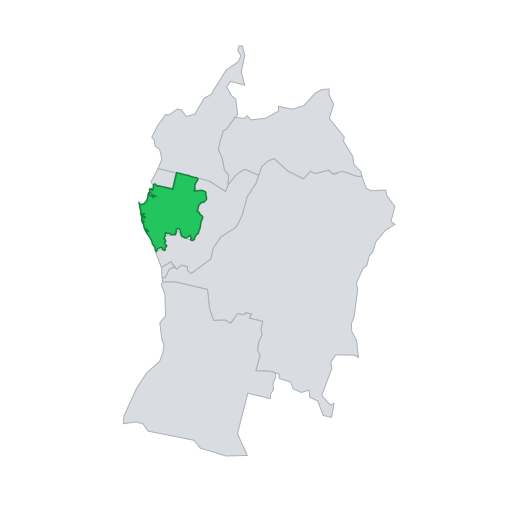 map of Gabon with Democratic Republic of the Congo, Cameroon, Central African Republic and 3 others greyed out, rotated 13°
{"feature_id": "GAB", "entity_name": "Gabon", "entity_type": "country or territory", "adm_level": 0, "iso_a3": "GAB", "parent_name": "Africa", "parent_adm1": "", "projection": "natural_earth1", "projection_center": [11.622, -0.807], "detail": "fine", "context": "with_neighbors", "style": "filled", "palette": "green", "viewbox_px": 512, "rotation_deg": 13, "n_neighbors": 6, "source": "natural_earth", "source_scale": "50m", "svg_char_len": 7041}
<svg xmlns="http://www.w3.org/2000/svg" viewBox="0 0 512 512"><g transform="rotate(13 256 256)"><path d="M362.7,265.8L365.3,293.6L364.1,300.4L366.3,308.0L372.8,315.4L378.7,331.9L374.2,330.5L356.0,334.3L352.7,342.7L355.2,348.4L351.4,377.1L362.1,384.5L365.2,382.1L365.9,396.3L357.3,396.2L348.8,383.4L340.2,381.5L337.8,374.7L330.9,378.8L321.9,377.0L318.3,371.0L305.9,370.1L305.3,366.1L296.3,365.0L281.6,367.8L282.3,352.2L278.6,347.4L277.9,339.3L279.6,331.4L277.3,326.4L277.2,318.1L263.5,318.2L264.5,313.5L258.7,313.6L258.1,315.8L251.1,316.3L246.5,327.2L240.3,325.4L229.1,328.3L222.3,317.2L216.3,299.6L183.0,299.4L171.1,302.5L169.5,298.5L172.4,297.1L174.6,288.0L178.7,285.3L181.7,286.6L185.5,281.6L191.7,281.7L192.4,285.4L196.6,287.7L212.7,269.0L212.4,258.2L217.3,245.5L229.9,232.5L231.2,228.3L233.3,218.9L234.1,199.9L239.7,184.8L241.4,167.8L245.8,161.1L251.8,156.9L268.3,166.2L285.0,170.0L289.9,161.1L295.1,162.4L307.6,155.9L312.1,158.7L315.7,158.3L317.4,155.1L321.6,154.0L337.4,155.6L341.1,154.3L348.0,165.1L353.1,166.6L367.6,162.5L370.3,168.1L380.3,176.8L379.7,192.1L384.2,193.9L376.3,202.0L369.6,214.9L368.9,225.4L366.3,230.4L366.2,240.3L363.0,243.9L359.9,259.9L362.7,265.8Z" fill="#d9dde1" stroke="#a8b0b8" stroke-width="1"/><path d="M195.4,54.4L199.9,62.8L200.3,80.2L206.5,92.1L191.9,91.6L189.4,97.8L196.1,105.4L201.0,107.6L206.2,122.1L198.8,138.9L196.1,141.3L195.4,160.8L200.8,167.6L205.9,179.1L211.1,183.3L212.8,193.1L212.0,200.1L193.9,193.6L140.9,192.9L142.5,182.5L138.1,173.9L133.0,171.7L130.7,165.8L127.8,163.9L130.8,151.0L136.2,138.4L139.5,138.3L146.2,130.6L150.5,130.4L156.8,135.8L164.6,131.4L169.9,114.0L175.9,108.7L185.1,81.4L194.6,71.3L196.4,64.5L191.9,59.3L192.3,55.1L195.4,54.4Z" fill="#d9dde1" stroke="#a8b0b8" stroke-width="1"/><path d="M341.1,154.3L337.4,155.6L321.6,154.0L312.1,158.7L307.6,155.9L295.1,162.4L289.9,161.1L285.0,170.0L268.3,166.2L251.8,156.9L245.8,161.1L241.4,167.8L240.4,176.9L225.5,174.0L218.7,180.9L212.8,193.1L211.1,183.3L205.9,179.1L200.8,167.6L195.4,160.8L195.2,151.4L196.1,141.3L198.8,138.9L204.4,125.6L213.8,124.6L215.8,121.3L220.5,124.5L234.7,119.5L245.3,109.8L244.2,105.2L258.2,104.8L268.8,98.7L276.8,84.4L282.5,79.1L289.6,76.9L290.9,82.5L297.5,90.7L296.5,105.6L315.3,120.3L315.5,124.6L327.8,137.1L330.8,144.9L339.2,150.1L341.1,154.3Z" fill="#d9dde1" stroke="#a8b0b8" stroke-width="1"/><path d="M240.4,176.9L239.7,184.8L234.1,199.9L233.3,218.9L231.2,228.3L229.9,232.5L217.3,245.5L212.4,258.2L212.7,269.0L196.6,287.7L192.4,285.4L191.7,281.7L185.5,281.6L181.7,286.6L174.5,280.8L166.5,288.6L157.2,274.8L165.8,267.6L161.6,258.9L165.4,255.6L173.1,254.0L174.0,248.2L180.0,254.5L190.0,255.0L193.4,248.9L194.9,240.2L193.6,230.0L188.3,222.2L193.2,207.1L190.4,204.5L182.0,205.5L178.8,198.8L179.6,193.1L193.9,193.6L212.0,200.1L212.8,193.1L218.7,180.9L225.5,174.0L240.4,176.9Z" fill="#d9dde1" stroke="#a8b0b8" stroke-width="1"/><path d="M140.9,192.9L159.3,193.2L159.4,208.9L139.1,209.5L137.0,207.5L140.9,192.9Z" fill="#d9dde1" stroke="#a8b0b8" stroke-width="1"/><path d="M178.7,285.3L174.6,288.0L172.4,297.1L169.5,298.5L166.5,288.6L174.5,280.8L178.7,285.3ZM171.1,302.5L183.0,299.4L216.3,299.6L222.3,317.2L229.1,328.3L240.3,325.4L246.5,327.2L251.1,316.3L258.1,315.8L258.7,313.6L264.5,313.5L263.5,318.2L277.2,318.1L277.3,326.4L279.6,331.4L277.9,339.3L278.6,347.4L282.3,352.2L281.6,367.8L296.3,365.0L301.4,365.7L302.5,369.8L301.2,376.2L303.1,382.3L301.3,387.2L302.2,391.7L278.9,391.6L277.9,433.3L292.4,452.3L271.8,457.6L244.9,455.7L237.2,449.5L190.3,450.9L183.7,445.0L176.5,444.6L164.4,449.3L163.4,441.1L169.4,411.9L175.7,394.7L185.8,380.3L187.0,370.6L186.4,363.2L183.0,358.5L177.3,342.7L181.4,334.8L175.7,313.4L170.0,305.1L171.1,302.5Z" fill="#d9dde1" stroke="#a8b0b8" stroke-width="1"/><path d="M182.1,194.5L182.0,195.4L181.1,197.6L180.7,199.3L180.6,201.2L180.8,202.6L181.3,203.7L181.6,204.9L181.3,205.7L180.9,206.0L181.2,206.4L181.9,206.5L183.0,206.1L184.7,205.5L186.9,204.6L188.4,204.2L190.8,204.5L192.1,204.8L192.8,205.4L193.5,208.1L193.8,208.5L194.4,209.6L194.9,210.9L195.0,211.6L195.0,212.1L194.5,212.8L193.9,213.9L193.7,214.6L193.3,215.0L192.7,215.5L191.1,215.7L190.8,216.0L190.4,217.1L189.5,218.1L189.1,219.0L188.8,220.2L188.8,221.7L188.7,223.9L188.5,225.4L188.9,225.9L190.9,226.3L191.2,226.6L191.7,227.5L192.4,228.3L194.2,228.9L194.9,229.5L195.4,230.2L195.5,230.8L195.1,233.2L194.7,235.4L194.9,237.2L195.0,238.8L195.2,241.2L195.1,242.7L194.6,243.6L194.6,244.3L194.9,245.1L194.4,247.5L194.1,247.8L193.3,248.3L192.9,248.9L192.8,249.9L192.3,251.2L191.9,251.7L191.9,252.4L192.3,252.8L192.3,253.5L191.5,254.4L191.0,255.0L190.0,255.3L188.8,255.0L188.5,254.5L188.8,253.8L188.7,253.2L188.3,252.6L187.6,251.0L187.1,250.7L186.7,251.3L185.8,252.5L184.0,254.1L182.8,254.2L180.6,253.7L178.7,253.0L177.8,251.2L177.2,249.7L176.4,248.0L175.5,247.2L174.6,246.7L174.1,246.6L172.8,247.6L172.3,248.0L172.3,248.8L172.5,249.5L172.7,249.9L172.9,250.4L172.8,251.1L172.6,252.1L172.5,253.2L168.2,254.3L167.4,253.9L166.9,253.4L166.2,253.5L164.4,254.1L163.7,253.7L163.0,253.4L162.7,253.6L162.7,254.1L163.0,256.7L162.9,257.7L162.4,259.0L162.2,259.8L163.4,260.1L163.8,260.5L164.2,261.1L164.7,261.8L164.8,262.1L164.2,262.8L163.9,263.6L164.2,264.3L165.0,265.0L166.2,265.7L166.7,266.1L166.7,266.6L166.1,267.5L165.9,268.2L165.6,268.9L165.6,269.6L166.1,270.2L166.1,270.7L165.7,271.1L165.0,271.0L164.4,271.1L163.9,270.9L162.2,268.8L161.8,268.8L159.4,270.4L158.8,271.0L158.3,271.9L157.6,274.0L156.5,272.8L155.6,270.6L154.4,269.3L152.1,267.2L151.5,265.6L148.8,262.1L144.9,258.7L142.1,255.7L141.7,255.0L142.2,255.1L144.9,256.6L145.2,256.4L145.5,256.1L144.4,255.3L143.3,254.7L142.2,254.3L141.2,254.3L140.6,253.7L140.2,252.7L140.0,251.9L139.6,251.0L138.1,249.3L137.7,248.6L136.9,247.6L137.4,247.5L139.0,248.4L139.1,248.0L139.0,247.5L137.4,246.7L136.5,246.6L136.3,246.0L136.5,245.3L135.3,242.7L134.1,240.8L133.9,239.8L137.1,244.1L137.6,244.1L138.1,244.1L139.5,243.6L139.2,243.1L138.6,242.5L138.0,242.7L137.3,242.8L136.9,242.5L136.7,242.1L137.5,240.1L137.1,240.2L136.9,240.5L136.5,240.7L135.8,240.8L134.3,239.7L132.9,236.7L132.5,236.1L132.1,235.1L131.8,234.7L130.2,230.5L130.8,230.8L131.5,232.0L132.9,231.7L133.5,231.0L134.0,231.1L134.5,230.9L135.1,230.2L136.9,227.3L137.4,223.5L137.2,221.2L136.9,219.0L137.5,218.2L137.8,218.7L137.9,219.5L138.2,220.1L138.8,220.6L140.0,220.8L141.9,221.6L142.5,222.1L142.7,221.1L144.9,220.2L144.2,219.9L142.3,220.2L139.7,218.9L138.8,218.0L138.0,216.4L137.2,215.5L137.3,214.7L139.1,214.0L139.6,214.1L139.8,215.0L140.3,215.3L140.5,215.2L140.6,214.5L140.6,212.5L140.0,209.8L140.2,209.2L140.7,209.0L141.2,208.7L141.5,208.6L142.1,208.7L142.5,209.3L142.6,209.7L143.3,209.8L143.8,210.2L144.2,210.1L144.6,209.7L145.2,209.6L146.9,209.6L148.4,209.6L151.5,209.6L154.6,209.6L157.6,209.6L159.9,209.7L159.9,208.1L159.9,205.6L159.9,202.7L159.9,200.0L159.9,197.4L159.9,194.4L160.0,193.5L160.1,193.1L160.1,192.6L162.5,192.6L166.8,192.8L168.7,192.8L169.2,192.8L171.5,192.7L173.4,192.9L174.3,193.1L175.0,193.2L177.3,193.3L180.2,193.2L181.2,193.2L181.8,193.6L182.1,194.5Z" fill="#22c55e" stroke="#15803d" stroke-width="1.5"/></g></svg>